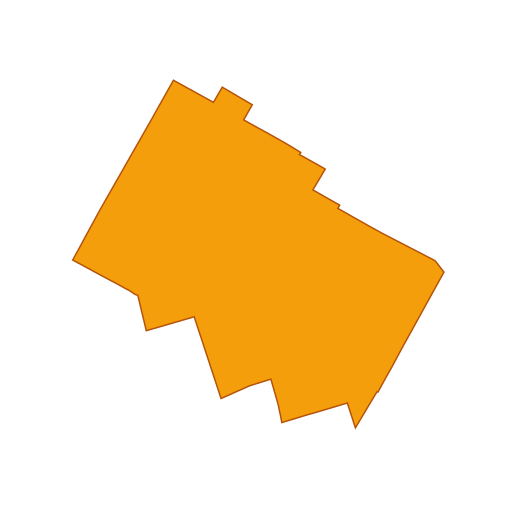 outline of Maipú, Buenos Aires, Argentina, rotated 77°
{"feature_id": "61730980B20857642636660", "entity_name": "Maipú", "entity_type": "district", "adm_level": 2, "iso_a3": "ARG", "parent_name": "Argentina", "parent_adm1": "Buenos Aires", "projection": "mercator", "projection_center": [-57.539, -36.886], "detail": "fine", "context": "isolated", "style": "filled", "palette": "amber", "viewbox_px": 512, "rotation_deg": 77, "n_neighbors": 0, "source": "geoboundaries", "source_scale": "gbopen_adm2", "svg_char_len": 942}
<svg xmlns="http://www.w3.org/2000/svg" viewBox="0 0 512 512"><g transform="rotate(77 256 256)"><path d="M445.8,197.8L423.1,176.0L416.9,170.0L415.5,168.6L416.0,167.8L411.8,164.0L403.8,156.9L395.3,149.1L375.9,132.1L374.2,130.5L314.0,76.5L300.9,82.5L262.2,128.0L251.6,139.8L239.1,153.5L231.9,161.3L228.0,165.6L225.3,163.0L213.3,176.1L204.4,185.7L186.9,169.0L184.6,171.4L166.9,190.9L165.2,189.1L153.3,201.3L135.4,220.9L131.5,225.4L120.6,237.4L107.8,225.6L96.7,237.4L83.9,250.9L96.7,262.9L66.2,296.9L96.6,324.6L96.8,324.7L176.0,397.7L199.6,418.6L207.8,425.8L215.3,432.5L218.7,435.5L236.9,414.9L242.6,408.4L249.2,400.8L251.2,398.4L258.1,390.8L261.3,387.0L266.2,382.5L267.8,380.0L304.1,379.7L301.3,329.9L387.0,322.1L381.2,292.3L380.9,289.8L379.3,269.2L406.3,267.8L411.6,268.0L415.8,268.0L424.1,268.3L422.3,242.0L421.9,233.7L421.4,225.3L420.4,209.7L419.8,200.1L432.2,199.0L445.8,197.8Z" fill="#f59e0b" stroke="#b45309" stroke-width="1.5"/></g></svg>